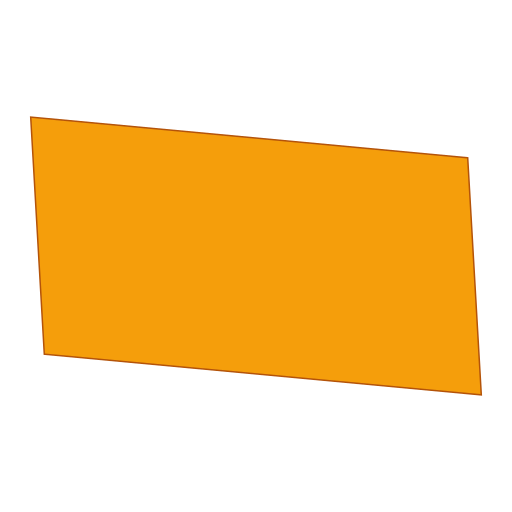 map outline of Ashmore and Cartier Islands (Natural Earth projection)
{"feature_id": "ATC", "entity_name": "Ashmore and Cartier Islands", "entity_type": "country or territory", "adm_level": 0, "iso_a3": "ATC", "parent_name": "Oceania", "parent_adm1": "", "projection": "natural_earth1", "projection_center": [123.586, -12.43], "detail": "fine", "context": "isolated", "style": "filled", "palette": "amber", "viewbox_px": 512, "rotation_deg": 0, "n_neighbors": 0, "source": "natural_earth", "source_scale": "50m", "svg_char_len": 190}
<svg xmlns="http://www.w3.org/2000/svg" viewBox="0 0 512 512"><path d="M467.7,157.8L481.3,394.9L44.3,354.2L30.7,117.1L467.7,157.8Z" fill="#f59e0b" stroke="#b45309" stroke-width="1.5"/></svg>